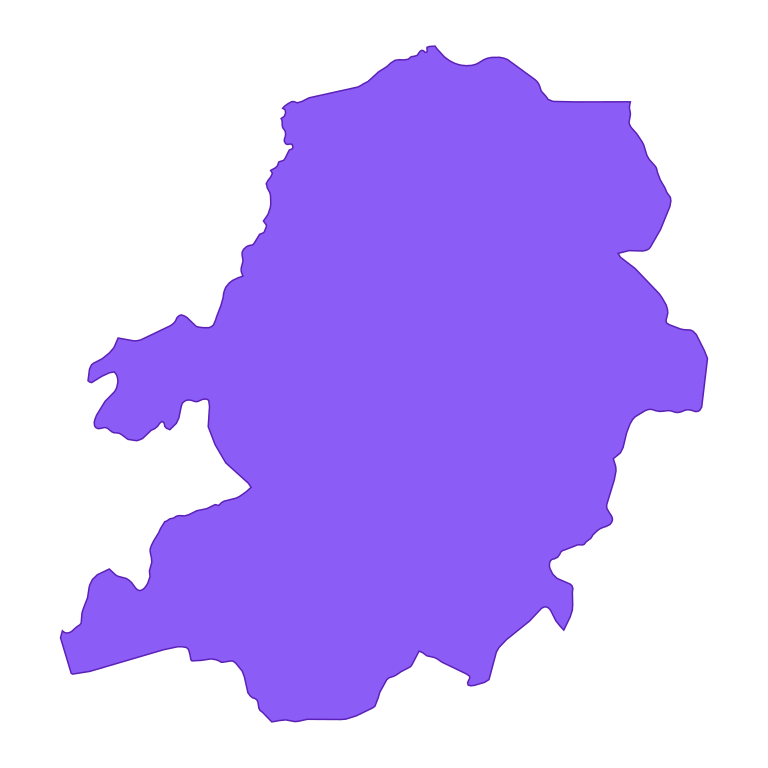 the border of Centre
{"feature_id": "CMR-1480", "entity_name": "Centre", "entity_type": "Province", "adm_level": 1, "iso_a3": "CMR", "parent_name": "Cameroon", "parent_adm1": "", "projection": "orthographic", "projection_center": [11.575, 4.696], "detail": "fine", "context": "isolated", "style": "filled", "palette": "violet", "viewbox_px": 768, "rotation_deg": 0, "n_neighbors": 0, "source": "natural_earth", "source_scale": "10m", "svg_char_len": 6042}
<svg xmlns="http://www.w3.org/2000/svg" viewBox="0 0 768 768"><path d="M435.0,46.1L437.4,49.3L444.5,57.0L449.4,60.6L454.4,63.2L457.3,64.2L461.0,65.2L466.4,65.7L471.3,65.4L473.7,64.9L476.2,64.1L478.6,62.9L483.6,59.8L487.2,58.3L491.6,57.4L499.6,57.3L504.0,58.2L507.6,59.6L535.1,79.7L537.3,81.8L538.8,84.1L539.8,86.5L541.0,90.4L541.9,91.8L545.5,95.8L547.1,97.8L547.9,99.3L553.0,101.4L575.2,101.9L630.4,101.8L629.8,104.4L629.4,108.1L630.3,112.5L630.4,114.9L629.1,121.9L629.1,122.9L629.8,125.0L631.1,127.4L636.8,133.8L642.2,141.9L643.8,145.1L646.8,155.0L647.9,157.2L649.4,159.6L655.0,165.9L655.9,167.1L656.7,168.8L657.3,172.0L660.4,180.1L664.7,187.4L666.9,192.5L670.4,197.4L670.9,200.9L669.9,206.5L660.5,229.6L650.4,247.1L648.9,248.9L646.2,250.3L642.6,251.0L629.1,250.6L618.1,253.4L620.4,257.2L635.1,268.5L659.3,293.8L662.2,298.0L666.3,305.2L667.5,309.6L667.8,313.0L666.7,317.8L666.3,319.1L666.1,321.0L666.6,323.0L669.3,324.7L680.3,328.9L682.9,329.5L685.6,329.8L690.5,330.0L693.2,331.3L696.4,334.7L704.3,350.4L707.5,358.5L701.7,407.1L699.7,410.4L697.8,411.4L695.6,411.6L690.8,410.1L688.2,409.8L685.8,410.0L680.9,411.9L678.3,412.5L675.7,412.4L670.6,410.8L668.1,410.6L662.4,411.3L659.3,411.4L655.2,410.6L653.3,409.8L651.7,409.5L650.0,409.3L647.8,409.7L645.3,410.6L635.1,416.8L632.5,419.7L629.9,424.2L626.6,433.0L623.1,447.5L620.4,452.9L613.3,458.7L615.6,466.0L615.9,468.4L616.0,471.0L614.3,479.9L606.7,504.8L606.8,508.2L609.1,512.3L611.5,515.9L612.3,517.8L612.5,520.0L611.6,522.4L610.0,524.5L605.8,526.6L603.6,527.2L600.3,528.6L597.5,530.5L593.1,534.7L590.9,538.2L586.1,541.9L584.2,544.3L582.6,544.9L577.8,544.8L564.8,549.9L563.3,550.3L561.9,551.1L560.8,552.1L559.6,554.5L557.7,557.2L554.0,559.0L552.5,559.1L551.9,559.5L550.6,560.6L549.6,562.9L549.4,565.5L549.8,568.2L552.7,574.1L557.1,578.4L570.0,584.0L571.9,585.6L572.9,588.4L572.4,592.3L572.7,604.9L572.3,610.3L570.2,616.9L563.8,630.1L560.4,626.5L555.9,620.9L550.7,610.6L549.3,608.8L548.2,607.8L546.4,606.9L544.1,607.0L541.5,608.3L529.5,621.1L506.5,639.6L499.0,647.5L496.4,652.0L489.0,679.6L484.7,682.3L474.3,685.4L470.6,685.8L468.1,685.0L467.6,682.6L469.8,677.9L469.5,676.1L466.3,673.9L442.0,662.2L437.1,658.8L434.3,657.5L426.8,655.8L423.0,652.9L419.1,651.1L412.1,664.5L410.5,666.7L400.7,671.9L396.4,674.9L393.7,676.3L389.0,677.8L386.7,679.8L379.8,692.3L378.1,698.2L374.9,706.3L372.5,708.0L356.4,715.8L346.0,719.1L341.0,719.5L307.3,719.3L298.4,721.3L294.8,721.6L285.7,719.9L279.9,720.5L271.8,721.9L262.7,712.5L260.0,710.4L258.9,708.3L257.9,702.1L256.8,699.8L254.9,698.5L252.6,697.8L250.3,696.0L247.9,692.7L244.3,676.6L242.1,671.0L235.7,663.1L232.9,661.1L230.5,661.0L223.8,662.1L221.2,662.3L219.4,661.1L216.2,659.8L211.3,658.9L201.1,660.4L192.0,660.9L190.9,659.8L190.0,654.8L188.8,650.3L187.8,648.6L186.1,647.4L182.1,646.8L177.4,646.8L163.4,649.8L89.8,671.4L72.7,674.1L71.2,673.3L60.5,637.8L62.4,630.8L63.9,632.1L65.7,632.8L66.8,633.0L68.3,632.9L70.4,632.1L71.5,631.5L76.9,626.7L79.7,624.9L81.1,623.3L82.0,613.0L83.0,609.5L87.6,597.5L89.1,587.4L89.8,584.8L92.4,579.5L97.4,574.7L109.3,569.0L115.6,574.9L117.1,575.9L119.2,576.6L126.4,578.5L129.4,580.5L131.8,582.8L135.5,587.9L137.4,589.8L139.8,590.6L142.1,589.9L144.4,588.2L146.2,585.8L147.8,583.1L150.0,576.6L149.4,570.9L151.7,562.6L151.7,560.7L151.4,557.7L150.2,552.0L150.1,549.3L151.4,545.4L153.6,541.0L158.6,532.8L160.6,528.4L164.8,521.6L166.6,521.1L169.5,519.0L170.8,518.6L173.2,518.2L174.6,517.4L175.7,516.6L177.4,515.9L179.7,515.6L184.7,515.9L189.0,514.6L196.8,510.7L206.6,508.7L215.1,504.6L218.8,505.4L221.5,502.6L224.2,501.1L235.8,498.2L237.4,497.5L239.4,496.5L246.0,491.9L251.1,487.3L248.2,483.1L225.8,462.9L215.2,444.9L208.2,426.7L209.5,406.5L208.7,400.4L206.8,399.2L204.9,399.1L202.5,399.4L198.5,401.2L196.7,401.7L194.4,401.4L192.0,400.5L189.4,400.0L186.6,400.2L184.3,401.4L182.2,403.4L181.2,406.7L178.9,417.9L176.3,423.4L169.9,429.7L166.4,428.2L164.8,426.4L164.3,423.8L163.5,422.2L161.8,421.5L159.6,423.4L157.6,426.3L154.7,428.7L151.2,430.3L142.6,438.5L139.4,439.9L136.7,440.7L128.0,439.4L121.4,434.5L119.2,433.3L117.6,433.0L113.7,432.7L111.5,431.6L107.4,428.2L105.1,427.5L102.7,427.9L100.3,428.5L97.9,428.6L96.0,427.7L95.1,426.7L94.6,425.9L94.4,424.5L94.2,422.4L95.0,419.1L96.6,415.1L105.0,401.4L114.5,391.7L115.9,389.4L116.8,387.2L117.6,383.5L117.9,380.9L117.5,378.0L116.7,375.1L114.3,371.9L109.4,372.8L102.2,376.1L91.6,382.6L89.6,382.0L88.0,380.7L89.5,369.1L91.4,365.0L93.3,363.3L102.1,358.8L109.4,352.9L114.0,347.5L118.1,338.0L134.1,340.9L137.2,340.7L140.5,340.0L170.2,325.8L172.4,324.3L174.5,322.4L175.7,320.5L176.9,317.8L177.6,317.0L179.3,315.5L181.5,314.9L184.5,316.0L187.1,317.6L196.2,326.4L199.1,327.2L203.7,327.7L208.9,327.7L211.3,326.7L213.5,324.9L215.9,319.2L216.3,317.5L220.9,305.5L223.0,298.1L223.7,293.1L224.5,290.3L225.8,287.2L229.0,283.2L232.6,280.4L238.3,277.7L242.9,276.2L241.3,271.8L241.1,269.3L241.3,267.5L242.9,261.4L242.9,260.0L242.1,255.2L242.1,252.5L242.7,250.9L243.7,249.2L246.3,246.8L248.0,245.9L249.6,245.4L252.1,245.0L253.0,244.6L254.1,243.3L259.6,234.3L263.2,232.9L264.0,232.2L264.6,231.2L265.4,228.9L266.1,227.5L266.4,226.1L266.3,225.0L263.4,221.0L267.6,215.0L268.4,213.3L270.4,207.1L270.8,203.5L270.5,195.7L270.0,193.3L269.6,192.3L267.1,187.6L267.0,186.1L266.2,183.7L268.0,180.4L270.8,176.8L272.4,173.3L270.6,170.4L275.4,167.8L277.3,166.0L278.8,162.0L280.5,161.3L282.5,160.8L284.0,160.0L285.2,158.2L289.2,150.1L292.3,148.7L293.0,147.4L292.1,144.4L290.1,144.0L287.6,144.5L285.6,143.7L284.3,141.1L284.4,138.9L285.2,136.8L285.6,134.1L285.2,131.3L284.3,129.7L283.3,128.6L282.6,127.4L282.2,124.9L282.1,120.7L281.1,118.5L284.2,116.4L285.6,113.0L285.1,109.7L282.6,108.3L284.6,106.1L288.1,103.6L291.6,101.7L293.7,101.5L297.2,102.8L301.6,101.6L309.1,97.8L357.9,87.0L361.4,85.2L363.1,84.0L368.0,81.5L378.5,71.9L387.0,66.5L390.9,62.9L395.0,60.3L399.3,59.7L403.7,59.9L407.9,59.3L409.2,58.5L410.2,57.4L411.7,56.6L414.6,56.2L417.2,55.3L420.1,51.2L421.9,50.3L423.6,50.8L424.4,51.7L425.2,52.4L427.0,51.9L427.2,51.1L426.9,48.1L427.0,47.3L429.3,46.5L435.0,46.1Z" fill="#8b5cf6" stroke="#5b21b6" stroke-width="1.5"/></svg>